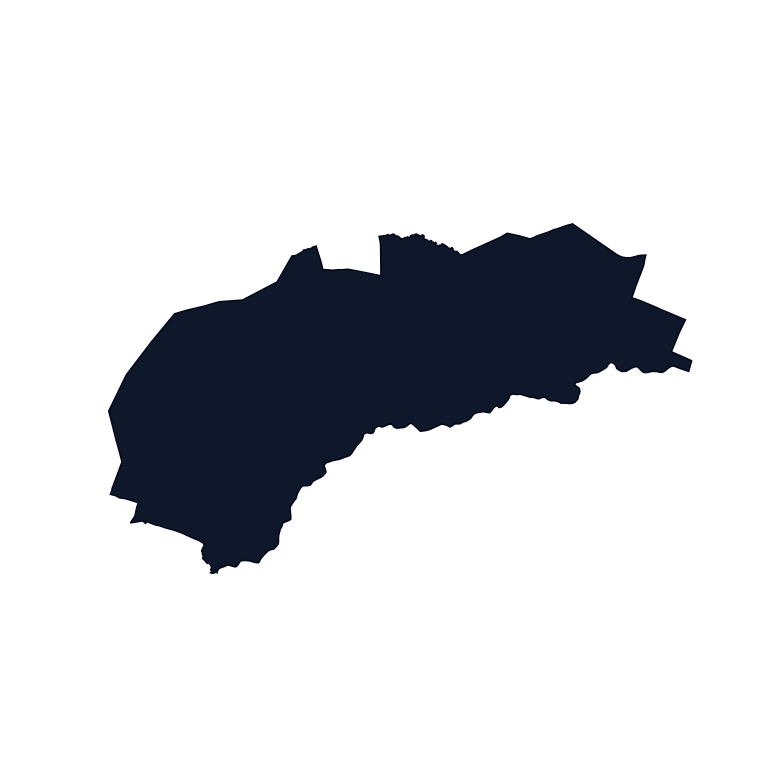 the district of Fratautii Noi, Suceava, Romania, rotated 319°
{"feature_id": "2599482B88519783611036", "entity_name": "Fratautii Noi", "entity_type": "district", "adm_level": 2, "iso_a3": "ROU", "parent_name": "Romania", "parent_adm1": "Suceava", "projection": "orthographic", "projection_center": [25.895, 47.931], "detail": "fine", "context": "isolated", "style": "filled", "palette": "ink", "viewbox_px": 768, "rotation_deg": 319, "n_neighbors": 0, "source": "geoboundaries", "source_scale": "gbopen_adm2", "svg_char_len": 6171}
<svg xmlns="http://www.w3.org/2000/svg" viewBox="0 0 768 768"><g transform="rotate(319 384 384)"><path d="M226.0,423.8L231.2,416.7L232.3,415.6L233.8,414.8L240.2,413.1L242.3,412.8L246.6,410.0L252.4,407.8L254.4,407.5L256.1,407.7L259.3,410.4L261.8,411.9L263.1,411.8L266.0,411.0L267.0,410.9L269.4,411.4L275.2,413.0L277.5,413.3L281.8,412.7L282.8,411.7L284.0,409.5L284.7,407.4L285.2,406.6L286.4,405.8L288.1,405.4L294.6,408.0L301.6,411.9L305.5,413.2L309.8,415.0L310.9,415.3L312.6,415.4L314.8,415.0L317.6,414.1L322.5,412.9L330.4,411.7L333.2,410.4L334.5,409.3L336.1,408.7L338.7,409.2L339.4,409.8L341.0,412.1L342.7,413.4L343.8,413.6L345.5,413.1L347.2,411.9L348.2,411.6L351.1,411.7L352.1,412.2L353.0,413.0L354.0,414.8L354.7,415.5L359.5,417.1L360.9,417.4L362.8,418.8L363.4,419.8L363.5,420.2L363.5,420.9L363.3,423.1L364.6,425.6L366.6,427.2L367.9,427.9L368.9,428.8L370.7,429.9L372.0,430.4L373.0,430.6L378.0,430.8L378.6,431.1L379.4,433.6L380.2,440.4L380.2,442.0L380.5,443.6L384.4,446.2L386.7,447.5L388.8,448.4L401.1,452.0L403.0,454.3L404.6,456.9L405.6,459.7L406.6,460.1L408.2,460.2L411.7,460.9L413.7,462.7L414.6,463.2L415.2,463.9L418.0,464.4L422.5,466.2L426.3,466.7L427.4,466.7L429.4,466.0L430.3,465.9L432.7,465.7L433.9,466.0L437.7,468.0L441.2,470.4L442.8,472.7L444.6,474.8L446.2,475.0L451.1,473.8L453.8,474.0L454.5,474.4L455.2,475.3L455.4,477.3L457.4,478.3L460.2,478.4L466.7,477.4L468.9,476.8L471.3,475.3L472.6,475.3L474.0,475.8L475.3,476.8L477.4,479.2L479.9,480.9L481.1,482.6L485.8,490.1L488.1,492.2L490.6,496.3L491.9,497.1L493.8,497.6L495.4,498.3L496.5,499.6L497.2,501.0L497.3,502.7L497.6,503.6L498.5,505.5L499.7,507.0L501.2,507.9L503.4,510.7L503.9,512.0L504.8,513.7L505.0,514.9L506.4,515.5L507.3,516.8L509.0,518.0L510.9,520.2L512.8,521.7L514.0,522.4L516.4,523.0L519.8,522.6L520.8,522.3L523.3,520.2L525.4,519.4L527.2,517.9L528.3,516.0L528.5,514.6L527.5,511.1L527.5,510.0L528.3,509.1L529.3,508.8L535.2,511.5L539.3,512.2L541.0,512.3L545.9,511.9L547.7,512.2L550.7,514.0L552.0,515.2L554.4,516.0L561.3,517.3L563.7,517.3L565.5,516.5L567.4,516.2L569.0,516.4L570.1,517.5L570.7,518.8L571.1,520.8L570.6,523.1L569.8,524.8L570.7,528.6L571.8,530.6L574.6,533.0L576.4,533.6L581.2,534.4L585.6,536.2L586.4,537.3L586.7,538.5L587.1,544.3L587.6,545.7L589.4,547.5L594.3,550.2L595.3,551.0L598.1,553.6L599.6,555.7L601.0,557.2L602.0,557.9L604.7,558.5L609.9,558.6L611.5,558.9L613.3,559.7L614.5,560.5L617.7,566.7L622.2,574.4L631.3,568.4L631.2,567.7L622.2,548.5L622.5,548.0L639.9,539.2L653.6,533.3L641.5,508.7L640.6,506.5L632.5,490.0L631.2,487.5L627.7,481.5L639.6,474.6L654.8,466.6L658.2,464.6L662.2,461.3L666.2,458.5L663.1,456.0L660.6,454.3L653.8,450.9L652.4,450.0L650.2,448.2L647.9,445.6L646.8,444.1L645.8,442.1L644.4,438.7L644.2,437.3L641.4,426.6L631.3,386.7L630.6,386.7L628.5,385.4L622.8,382.9L616.8,380.6L613.3,378.9L608.9,377.6L595.6,372.2L593.3,371.8L589.1,370.0L585.8,364.6L584.3,362.8L584.0,361.9L575.8,351.0L569.0,349.9L538.7,340.8L528.9,338.2L526.5,337.0L526.0,336.0L526.1,335.6L526.1,334.8L526.3,334.2L526.0,332.7L526.1,331.9L526.0,331.7L525.2,331.7L524.7,331.2L524.4,329.8L524.1,329.6L523.4,328.4L523.6,328.1L524.4,327.8L524.6,327.5L524.9,326.0L524.4,325.5L524.1,325.6L523.8,326.1L523.4,326.2L522.7,325.6L522.5,324.4L521.6,323.6L521.5,323.1L521.8,322.3L521.2,320.7L521.5,320.3L521.4,319.8L520.0,319.1L519.9,318.8L520.7,318.1L520.7,317.6L519.5,316.2L518.3,316.8L517.7,316.4L517.1,316.6L517.1,315.9L517.0,315.7L515.8,316.2L515.6,316.0L515.5,314.6L514.7,314.1L514.7,313.4L514.2,312.6L514.3,311.9L514.5,311.7L515.9,312.0L515.8,310.9L514.2,310.7L514.1,310.4L514.2,309.4L513.7,309.4L513.5,308.9L513.6,307.6L513.9,307.3L513.8,306.9L513.1,306.2L511.7,306.4L511.0,306.2L510.9,306.0L511.3,304.2L509.3,300.7L509.7,300.5L510.0,299.8L511.1,299.0L511.3,298.5L511.3,297.6L510.9,296.8L510.6,296.5L509.2,297.0L508.6,296.7L508.3,296.3L508.5,295.6L508.4,295.3L507.7,294.9L507.7,294.2L507.2,293.3L506.8,293.0L506.8,292.7L506.9,292.1L505.2,291.3L504.4,291.6L503.5,291.6L503.4,291.2L503.5,290.5L503.2,290.1L502.2,290.1L501.9,289.7L501.4,289.6L500.2,290.1L499.8,290.0L498.8,289.6L498.4,288.5L498.1,288.3L497.2,288.4L495.9,287.1L494.7,287.2L493.5,286.7L492.5,286.9L491.9,286.6L491.6,286.3L491.6,286.0L492.5,285.6L492.6,285.4L491.8,284.7L491.8,282.3L491.1,281.0L490.0,279.8L489.9,278.2L489.6,277.4L489.2,276.8L485.9,275.6L485.4,275.1L485.1,273.8L483.5,273.5L477.1,269.4L474.4,274.2L472.7,276.7L452.7,300.3L438.9,282.3L432.0,273.7L425.6,268.9L424.9,268.0L419.7,264.3L416.0,260.4L414.0,258.5L412.8,257.7L416.0,251.7L423.3,235.3L422.0,235.0L420.9,234.4L420.4,234.4L419.9,233.8L419.2,234.0L418.3,233.9L417.3,233.4L416.6,233.4L416.4,233.3L415.9,232.5L413.9,231.6L412.9,231.4L411.4,230.2L410.9,230.1L409.8,230.8L407.0,230.1L405.2,230.1L404.9,229.6L403.9,229.7L402.6,229.4L400.7,228.6L398.6,227.0L370.3,236.8L332.3,227.8L313.6,213.8L298.8,206.9L283.1,198.7L272.0,193.6L235.6,199.7L195.6,208.0L158.5,223.8L144.5,251.6L140.5,260.2L135.1,270.9L127.9,274.9L110.0,284.6L109.1,285.6L105.1,287.8L108.2,292.3L109.7,296.4L113.0,300.1L116.1,304.8L120.6,312.4L116.6,314.8L112.6,317.7L109.1,320.5L108.8,320.4L102.9,322.0L102.0,322.3L101.8,322.7L112.2,329.1L112.2,330.6L112.5,332.6L114.6,332.5L115.2,332.8L115.5,333.9L119.1,340.6L121.3,343.3L124.5,348.9L130.2,357.5L133.5,363.5L138.9,375.4L141.8,380.9L142.1,382.5L143.0,384.5L143.0,385.4L142.8,386.9L142.2,388.1L140.5,388.5L137.0,390.2L136.7,390.6L137.1,391.0L135.3,393.2L135.4,393.5L135.3,394.4L132.7,397.0L132.9,397.9L132.9,403.4L134.3,403.4L134.3,408.1L132.9,409.8L131.3,410.4L131.1,411.8L130.5,412.7L130.2,412.9L129.4,412.8L129.7,413.4L129.8,413.8L130.7,414.4L131.3,415.0L132.2,415.4L133.0,415.4L133.8,415.0L134.2,415.2L134.3,415.8L134.2,416.9L135.3,416.1L137.0,415.4L137.6,415.2L139.0,415.2L140.2,415.5L143.6,417.0L146.6,417.8L147.5,418.4L148.3,419.3L151.5,424.2L152.6,424.8L154.6,424.8L158.8,423.6L160.4,423.8L163.4,426.1L165.4,428.1L166.7,429.6L169.8,434.4L171.3,436.0L172.0,436.4L172.8,436.5L176.7,435.0L181.7,434.2L187.0,434.0L188.6,434.2L192.8,436.3L196.5,435.9L198.9,435.4L200.3,434.5L203.7,430.6L205.5,429.0L210.4,425.6L214.0,424.3L214.6,423.6L216.3,422.8L217.6,422.8L223.0,424.7L224.8,424.9L225.3,424.5L226.0,423.8Z" fill="#0f172a" stroke="#020617" stroke-width="1.5"/></g></svg>